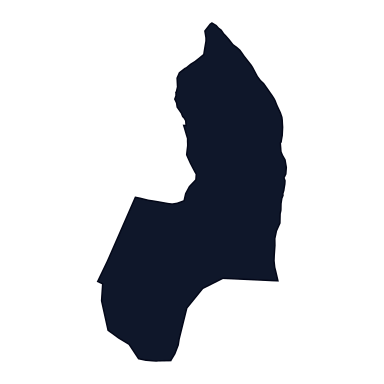 Funakaye, Gombe, Nigeria
{"feature_id": "59680162B83394095212312", "entity_name": "Funakaye", "entity_type": "district", "adm_level": 2, "iso_a3": "NGA", "parent_name": "Nigeria", "parent_adm1": "Gombe", "projection": "natural_earth1", "projection_center": [11.4, 10.81], "detail": "fine", "context": "isolated", "style": "filled", "palette": "ink", "viewbox_px": 384, "rotation_deg": 0, "n_neighbors": 0, "source": "geoboundaries", "source_scale": "gbopen_adm2", "svg_char_len": 2132}
<svg xmlns="http://www.w3.org/2000/svg" viewBox="0 0 384 384"><path d="M252.6,67.6L251.1,65.2L244.1,56.3L241.7,52.8L239.8,50.2L237.1,47.8L232.8,44.6L229.0,39.7L225.5,35.7L223.7,33.9L221.1,30.1L218.5,28.2L216.1,25.5L214.9,24.8L211.9,23.0L210.3,24.1L210.2,24.2L204.9,31.0L206.0,37.8L206.0,41.1L204.6,49.4L203.8,54.5L198.8,58.6L195.0,61.6L190.8,64.2L186.4,67.8L184.9,68.5L179.5,72.7L179.4,72.8L178.1,75.8L177.1,78.1L177.5,86.1L177.6,86.7L176.7,90.5L176.5,91.7L176.1,92.5L175.9,92.5L176.0,93.3L176.0,95.8L174.8,99.1L176.6,102.9L177.2,107.1L181.4,113.1L182.7,116.5L184.1,117.9L185.7,120.6L186.1,125.5L183.7,125.4L184.5,128.0L186.3,134.2L187.5,138.1L187.6,138.3L187.6,138.9L187.6,141.8L187.7,143.7L187.7,144.0L187.7,145.9L187.0,151.7L186.7,154.8L188.0,157.8L190.4,163.1L191.6,165.4L193.2,168.5L195.0,171.9L195.6,172.9L196.3,174.1L195.9,179.8L189.5,186.5L185.7,193.6L184.1,200.7L183.8,200.9L180.0,202.3L177.2,203.3L172.2,204.1L168.0,203.6L159.6,202.1L157.9,201.8L153.1,201.0L148.3,200.3L141.1,198.5L140.8,198.4L135.4,197.3L117.7,237.8L109.6,256.3L107.2,261.7L104.8,266.7L97.7,281.5L102.7,283.8L102.2,291.4L101.6,300.8L108.1,330.3L118.7,338.0L129.1,344.3L138.6,358.7L145.7,360.2L151.7,360.7L156.2,361.0L156.3,361.0L158.1,360.8L170.5,360.6L170.8,360.6L171.1,359.9L174.8,353.8L178.2,345.0L179.1,339.1L186.8,308.0L202.7,288.4L222.8,278.3L234.6,278.8L244.9,279.3L258.2,279.9L266.5,280.3L272.2,280.6L277.9,280.8L275.6,270.9L274.7,267.4L274.0,260.8L274.2,255.6L274.9,245.5L274.8,238.5L275.8,233.9L276.4,230.9L279.9,223.1L280.1,213.8L280.8,210.6L280.9,209.0L280.9,208.4L281.0,203.6L281.8,198.4L283.0,195.4L282.8,193.8L282.8,193.7L283.8,190.4L284.1,188.2L284.8,184.1L285.0,180.7L283.9,177.8L284.9,175.9L285.0,175.6L285.8,174.0L286.3,167.4L285.0,159.8L282.4,155.3L281.0,151.9L280.8,150.1L280.7,148.2L280.5,145.8L280.3,143.0L281.1,142.0L281.5,139.3L282.2,135.5L282.6,127.2L282.4,124.1L282.2,120.2L281.9,117.5L281.8,117.1L280.3,112.7L277.2,106.1L276.3,104.0L275.0,100.6L273.9,98.5L273.0,97.1L271.9,95.4L271.0,94.1L270.6,93.6L268.6,90.7L263.6,83.6L260.3,80.5L257.3,76.5L255.6,73.3L252.6,67.6Z" fill="#0f172a" stroke="#020617" stroke-width="1.5"/></svg>